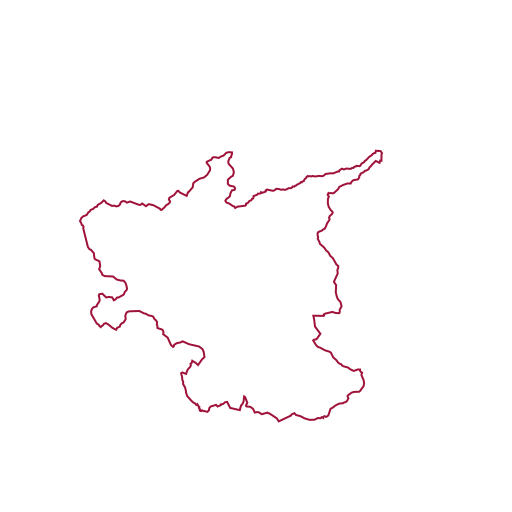 Sita Buzaului, Covasna, Romania, rotated 216°
{"feature_id": "2599482B84594995893474", "entity_name": "Sita Buzaului", "entity_type": "district", "adm_level": 2, "iso_a3": "ROU", "parent_name": "Romania", "parent_adm1": "Covasna", "projection": "robinson", "projection_center": [26.114, 45.599], "detail": "fine", "context": "isolated", "style": "outline", "palette": "rose", "viewbox_px": 512, "rotation_deg": 216, "n_neighbors": 0, "source": "geoboundaries", "source_scale": "gbopen_adm2", "svg_char_len": 6143}
<svg xmlns="http://www.w3.org/2000/svg" viewBox="0 0 512 512"><g transform="rotate(216 256 256)"><path d="M216.9,414.1L220.9,411.6L220.0,409.6L220.8,408.8L221.6,407.0L221.5,405.9L222.7,402.6L223.2,398.5L223.9,396.9L223.6,395.7L224.9,392.9L224.7,390.3L225.3,389.3L227.7,388.1L227.8,387.1L229.0,385.8L228.9,384.7L230.3,383.3L230.6,382.1L234.4,379.8L235.7,377.7L237.8,377.2L238.8,374.6L238.5,373.1L239.4,372.6L242.1,368.2L244.0,367.0L247.8,363.4L248.7,360.3L249.6,359.3L252.3,357.7L254.8,355.1L257.3,354.0L257.9,353.0L259.5,352.2L260.1,351.4L261.1,351.2L261.6,349.7L261.3,348.6L261.8,346.6L261.4,344.7L262.4,343.2L262.3,342.6L263.2,341.9L263.0,341.2L264.7,337.9L265.1,336.3L265.7,335.8L265.8,334.6L267.2,333.8L267.1,332.9L267.5,331.5L269.2,330.3L271.2,326.7L273.6,325.5L274.6,324.3L276.7,323.7L279.1,322.3L279.7,319.9L280.8,318.6L286.2,316.2L286.7,314.8L286.1,314.5L286.1,313.7L288.0,310.9L289.4,310.6L289.0,309.7L289.3,309.0L291.1,307.6L291.0,306.4L293.2,303.0L292.1,301.0L292.8,299.7L292.6,298.3L293.7,296.6L293.7,294.3L294.8,292.5L294.1,291.7L294.2,290.5L300.0,285.0L301.1,282.6L302.8,283.3L304.0,282.8L308.3,282.7L311.2,281.9L313.2,282.6L313.5,284.4L312.3,288.4L312.4,289.3L313.6,291.9L314.0,295.0L312.2,296.9L312.6,298.2L314.0,299.2L315.3,299.0L318.3,297.5L320.6,297.6L321.4,298.1L323.6,301.2L322.8,305.2L321.9,307.2L322.8,310.1L323.7,311.3L326.1,313.2L332.0,314.4L333.1,315.1L334.2,316.6L335.0,319.8L334.2,321.3L334.8,322.1L335.3,324.2L336.3,325.7L339.1,324.0L340.7,322.0L341.3,318.1L342.8,315.9L343.8,313.4L347.1,311.9L348.7,310.7L349.0,309.7L348.7,307.9L351.2,303.3L350.7,302.4L345.9,301.0L344.6,300.0L343.6,298.3L343.2,293.1L344.2,289.0L347.1,285.3L349.1,280.2L349.5,278.0L347.6,274.4L348.1,268.4L348.5,267.6L347.4,263.9L355.0,262.6L357.2,263.1L357.9,262.3L358.1,257.4L360.3,252.1L359.6,250.4L357.6,249.7L357.2,248.3L357.5,246.6L358.6,244.0L358.6,241.7L359.5,237.8L360.3,237.3L361.6,237.8L368.8,236.8L373.3,234.9L374.3,231.6L378.9,231.6L379.5,229.5L380.8,228.6L389.9,226.1L391.8,223.3L393.8,223.3L395.9,222.3L396.8,220.6L396.8,219.1L396.3,217.4L396.9,215.4L398.1,214.1L400.3,213.4L401.9,211.9L408.3,210.9L410.0,211.6L411.9,211.5L412.4,208.0L414.0,204.5L414.0,203.5L413.6,202.6L415.1,200.6L415.4,198.4L416.9,196.0L416.7,194.0L417.3,192.9L417.1,189.7L419.3,186.1L419.6,183.9L418.9,180.8L416.7,179.9L415.3,178.8L414.0,178.9L412.6,178.2L412.0,176.8L397.3,164.5L394.7,163.6L393.2,164.0L388.9,163.0L385.5,159.3L384.2,158.8L379.5,159.7L376.1,156.2L375.1,153.1L370.7,151.5L369.1,150.4L366.4,150.9L359.6,155.4L354.9,155.1L351.3,156.5L348.6,158.2L346.0,157.6L343.4,155.9L341.1,153.7L340.7,152.5L341.0,149.6L340.4,147.3L340.5,146.6L342.8,141.7L343.9,140.9L344.3,137.8L345.0,136.6L348.0,138.0L351.0,136.4L352.8,134.4L358.1,135.2L360.3,133.0L360.0,131.7L356.6,128.6L356.0,126.8L355.9,122.8L355.3,121.7L357.4,118.9L357.6,116.8L356.9,114.4L355.1,112.2L345.2,107.8L342.8,108.0L341.5,107.3L339.8,107.2L339.8,108.2L339.2,109.5L339.1,111.9L338.1,113.4L335.8,113.8L329.6,113.5L325.8,114.1L326.1,116.3L324.7,118.8L325.3,120.8L324.9,122.9L324.1,124.3L324.2,127.5L324.3,128.3L326.5,130.7L327.3,132.9L327.4,134.6L326.2,136.6L318.1,142.9L312.6,143.8L311.1,144.6L308.3,144.7L305.1,146.2L303.4,146.5L301.4,145.4L298.9,145.1L297.2,144.4L295.9,142.2L295.2,141.9L293.3,139.8L289.2,141.2L287.7,141.2L285.8,139.7L285.2,138.2L279.4,138.0L272.5,134.0L269.7,133.7L269.4,134.3L270.0,136.0L269.0,138.7L265.9,142.2L265.3,143.8L258.3,145.3L248.9,149.3L244.5,149.2L242.0,147.7L238.3,144.0L238.9,140.5L238.8,133.7L242.1,134.1L246.0,133.8L245.2,131.7L245.6,130.3L244.5,129.3L244.1,127.9L244.5,123.9L243.3,119.5L247.1,118.5L247.7,117.4L247.3,116.7L245.0,115.0L242.8,112.5L240.9,111.4L239.8,109.6L236.2,108.0L233.3,105.6L232.6,104.6L229.4,102.3L223.2,100.9L220.6,100.6L218.7,100.9L216.7,100.4L216.3,101.7L214.6,100.8L213.1,100.6L213.1,99.7L211.9,99.0L211.0,99.1L210.7,98.0L209.9,97.9L209.3,98.2L208.8,99.5L207.3,99.6L206.9,100.1L203.8,101.3L203.4,103.4L204.4,105.6L204.2,107.6L200.8,112.1L198.6,111.7L196.8,114.7L196.7,115.4L197.0,115.5L195.6,117.1L195.1,119.4L193.6,121.0L187.6,117.9L178.5,121.8L180.2,126.1L180.0,128.1L180.4,130.7L183.0,135.4L181.8,135.4L176.7,132.1L176.3,129.2L175.7,128.8L175.0,128.8L172.3,130.5L169.3,130.7L168.0,130.4L165.0,128.6L163.4,130.4L161.5,131.3L158.5,131.3L154.6,136.1L153.7,135.9L152.8,136.5L143.8,136.9L140.4,135.6L133.9,147.5L134.1,148.7L132.6,151.4L130.2,150.9L125.7,152.6L121.3,153.2L116.4,154.9L112.4,158.0L110.7,161.3L108.4,162.7L108.1,164.3L106.6,164.5L107.0,165.0L106.5,166.7L105.1,166.8L104.3,167.7L103.8,169.6L105.9,176.2L104.9,178.2L103.9,181.7L102.0,185.4L99.0,188.1L98.9,188.8L97.4,190.9L97.2,192.6L97.6,195.2L99.6,196.4L99.6,197.6L98.4,201.5L96.9,203.6L92.8,206.8L92.4,208.3L92.6,210.8L92.4,213.7L93.7,216.5L95.8,218.7L100.8,221.7L101.6,224.0L103.2,223.8L104.6,224.5L105.1,225.3L107.0,224.0L109.3,220.5L112.8,219.8L116.1,219.8L120.7,218.1L122.1,218.0L123.1,218.5L125.1,218.0L127.2,218.1L129.8,219.0L134.0,219.4L138.5,221.8L140.2,221.8L144.6,220.3L150.4,219.5L152.7,218.8L155.3,219.3L160.1,221.3L159.9,222.4L158.5,223.7L158.1,225.2L158.2,230.9L166.8,233.6L171.5,238.7L174.5,241.4L166.2,247.2L165.9,247.8L166.8,248.6L166.2,250.0L161.4,255.6L157.8,256.8L155.1,258.7L155.3,259.9L156.7,261.8L157.2,265.6L160.6,268.4L164.6,269.3L166.8,270.7L170.2,273.6L174.0,279.5L177.8,280.9L179.6,289.9L181.9,292.4L182.6,294.9L183.5,296.2L186.0,296.4L192.4,299.4L196.0,299.8L199.6,301.5L202.5,301.7L205.8,302.9L211.4,303.4L212.9,304.6L216.3,306.3L216.8,307.8L218.6,309.2L219.7,311.1L219.6,312.2L217.5,315.5L217.4,316.8L216.5,318.1L216.6,320.1L217.7,324.4L217.8,328.2L218.2,329.1L219.4,329.9L219.8,331.6L219.2,334.9L219.4,336.1L220.1,336.7L222.6,337.1L226.1,338.5L228.9,340.9L231.3,344.4L232.0,346.9L234.0,347.6L234.4,349.6L233.6,349.7L232.4,351.0L230.8,351.7L230.0,352.8L228.9,358.2L229.2,361.0L227.1,364.9L224.6,368.5L222.0,370.3L222.3,371.8L222.0,373.9L221.5,374.9L218.6,377.8L218.6,380.1L219.5,381.4L219.3,383.1L219.8,384.0L218.1,387.3L218.0,389.0L217.0,389.9L215.9,392.5L216.3,394.7L215.8,396.1L215.9,397.7L215.0,403.3L210.8,404.0L211.6,406.2L210.5,406.8L214.1,411.8L214.5,413.3L216.9,414.1Z" fill="none" stroke="#9f1239" stroke-width="2"/></g></svg>